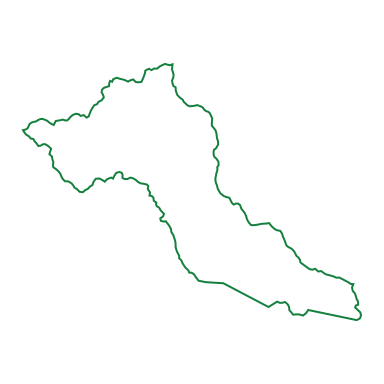 Rio do Pires, Bahia, Brazil (orthographic projection)
{"feature_id": "56859067B13146524318687", "entity_name": "Rio do Pires", "entity_type": "district", "adm_level": 2, "iso_a3": "BRA", "parent_name": "Brazil", "parent_adm1": "Bahia", "projection": "orthographic", "projection_center": [-42.161, -13.135], "detail": "fine", "context": "isolated", "style": "outline", "palette": "green", "viewbox_px": 384, "rotation_deg": 0, "n_neighbors": 0, "source": "geoboundaries", "source_scale": "gbopen_adm2", "svg_char_len": 3854}
<svg xmlns="http://www.w3.org/2000/svg" viewBox="0 0 384 384"><path d="M353.3,284.1L350.9,284.0L348.2,282.2L345.9,281.0L343.1,279.5L339.1,277.5L336.3,277.7L333.2,276.3L329.6,275.3L326.4,274.5L324.0,273.2L321.3,271.1L318.3,271.5L315.2,268.8L312.4,269.7L309.5,269.1L306.3,266.8L302.9,264.3L300.5,262.5L299.9,259.7L298.6,257.7L296.3,255.7L295.3,253.5L294.0,251.2L291.6,248.7L289.0,247.4L286.9,246.0L285.9,244.1L285.0,241.4L283.7,238.3L282.7,235.9L282.0,233.5L280.3,230.9L276.5,230.1L274.0,228.5L271.3,225.9L269.1,223.1L266.9,223.5L264.8,223.6L261.9,223.8L257.9,224.6L254.6,225.1L251.1,225.1L249.2,223.0L247.8,220.9L246.8,218.7L246.2,216.3L245.0,213.5L243.1,210.9L241.3,208.6L240.1,205.1L238.2,203.7L236.0,203.5L233.7,204.6L231.7,202.6L229.4,197.8L226.1,197.0L223.7,196.0L220.4,193.3L217.8,188.9L216.9,185.2L215.8,182.5L215.3,179.1L216.3,173.6L217.4,170.1L217.3,167.1L218.6,165.1L218.5,161.9L216.6,158.9L214.3,156.8L213.6,154.4L213.6,151.9L214.0,149.8L216.1,148.2L218.2,144.4L218.0,141.2L217.0,138.2L216.7,135.7L216.4,133.1L215.5,130.3L213.2,127.3L211.9,125.8L211.8,123.5L212.2,118.4L210.0,113.5L208.5,111.9L206.0,111.1L204.1,109.5L202.8,107.5L200.8,106.4L197.3,105.1L194.3,105.8L191.9,106.1L189.6,106.3L187.3,105.2L185.7,103.6L183.8,101.9L182.8,99.8L180.0,97.7L177.4,95.1L176.1,91.7L175.7,89.6L175.6,87.3L173.4,86.0L172.7,83.9L172.0,80.8L173.3,77.4L173.6,74.9L173.1,72.9L172.0,69.3L172.5,64.3L169.9,65.2L167.5,64.7L165.1,63.9L162.3,65.1L159.3,66.7L157.4,68.5L154.1,68.6L151.4,70.1L149.1,68.8L147.1,69.6L145.3,70.7L145.0,73.2L144.1,75.7L142.9,78.8L141.3,82.0L137.9,82.3L135.8,82.0L133.1,79.4L129.9,80.5L128.1,81.6L125.1,80.2L123.1,79.5L120.3,78.9L116.7,77.8L113.3,79.1L112.2,81.7L110.1,80.9L109.3,83.0L109.0,86.2L106.2,87.0L103.7,88.0L101.9,89.9L101.6,92.5L103.0,94.6L103.8,97.4L101.7,100.2L98.4,101.9L97.1,104.1L94.3,105.2L92.2,108.3L90.9,110.7L89.8,113.4L88.7,116.4L86.6,117.6L83.7,115.1L80.6,115.9L78.5,114.1L75.5,113.8L72.6,115.1L70.1,117.3L68.8,119.0L67.0,120.5L65.0,120.4L62.9,119.6L59.9,120.3L55.8,121.0L53.7,125.0L51.3,123.9L48.7,122.1L47.1,120.7L44.7,119.7L42.3,118.9L40.3,119.1L38.2,120.0L35.9,121.5L33.0,122.0L30.9,122.9L29.3,124.4L27.9,127.9L25.8,129.5L23.0,130.2L24.5,132.6L26.2,134.7L28.9,136.3L30.8,138.6L33.4,139.0L34.4,141.0L36.5,143.3L38.3,146.0L40.8,145.6L42.6,144.4L44.9,144.1L47.0,145.2L49.2,146.9L51.1,148.8L50.2,151.5L49.4,154.2L51.9,156.4L52.4,159.3L53.4,162.2L53.0,164.9L53.3,167.3L55.5,168.7L58.5,171.3L60.3,173.7L61.6,177.1L63.2,179.5L65.1,181.3L68.2,181.3L71.6,183.4L73.4,185.6L74.5,187.7L77.0,189.1L79.6,191.8L82.8,192.2L85.2,190.1L87.8,188.9L90.0,186.5L92.4,185.1L93.5,181.9L95.7,178.8L99.4,178.5L102.6,180.2L104.8,181.7L106.9,179.4L109.2,178.3L111.1,177.6L113.0,178.6L114.2,176.0L116.3,172.8L119.5,172.0L121.7,172.8L122.6,174.9L122.5,178.0L124.8,179.1L127.5,179.0L130.4,177.6L133.0,178.3L135.7,179.8L138.1,182.0L140.5,183.3L143.2,183.7L146.9,184.5L148.3,186.1L147.8,189.0L150.0,192.4L149.5,195.6L151.7,195.9L153.4,197.7L153.8,200.8L156.4,202.6L156.0,204.6L157.1,206.5L159.1,207.6L160.6,210.3L162.6,212.4L164.0,213.9L163.1,216.3L160.3,218.4L160.8,220.8L163.6,221.6L165.7,221.2L167.0,222.8L169.1,225.6L171.0,229.0L171.4,232.1L173.3,235.0L174.5,238.7L175.4,241.9L175.6,244.2L175.6,246.9L176.3,249.7L177.6,252.9L179.2,255.8L179.2,258.3L181.4,260.4L182.3,262.7L183.7,265.1L185.4,267.6L188.3,270.3L189.3,272.7L191.6,272.7L194.0,274.3L195.5,276.7L197.1,278.8L198.5,280.7L201.5,281.3L205.3,282.1L214.0,282.7L223.2,283.2L268.5,307.0L277.2,301.6L279.9,302.9L282.6,302.7L285.0,302.0L287.8,304.4L289.0,306.9L289.4,310.3L291.3,312.3L293.2,314.7L296.1,314.4L299.1,314.4L303.1,315.5L306.1,313.1L308.2,310.0L356.7,320.1L359.8,318.5L361.0,315.7L360.4,312.5L357.7,309.9L355.1,307.5L355.9,305.5L358.2,304.7L358.0,301.6L356.6,298.9L355.9,296.2L354.9,293.4L352.8,291.0L352.0,287.5L353.3,284.1Z" fill="none" stroke="#15803d" stroke-width="2"/></svg>